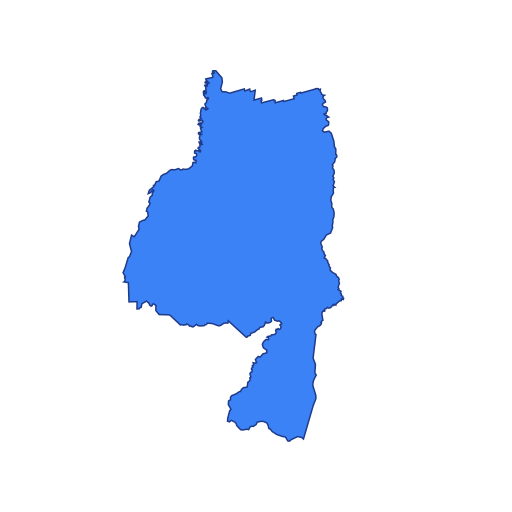 Monteros, Tucumán, Argentina (Robinson projection), rotated 243°
{"feature_id": "61730980B2158029988508", "entity_name": "Monteros", "entity_type": "district", "adm_level": 2, "iso_a3": "ARG", "parent_name": "Argentina", "parent_adm1": "Tucumán", "projection": "robinson", "projection_center": [-65.608, -27.112], "detail": "fine", "context": "isolated", "style": "filled", "palette": "blue", "viewbox_px": 512, "rotation_deg": 243, "n_neighbors": 0, "source": "geoboundaries", "source_scale": "gbopen_adm2", "svg_char_len": 6156}
<svg xmlns="http://www.w3.org/2000/svg" viewBox="0 0 512 512"><g transform="rotate(243 256 256)"><path d="M71.4,215.2L96.6,238.9L101.7,244.6L104.5,246.0L114.6,247.8L116.9,249.0L119.3,251.1L122.6,255.6L125.2,255.4L132.5,259.8L139.1,260.5L158.8,273.8L159.7,273.2L162.1,273.8L163.4,275.2L165.0,279.0L164.9,281.1L165.6,283.0L166.7,284.0L167.3,283.7L168.3,285.3L168.3,286.4L174.6,288.4L175.9,289.5L176.5,291.0L175.8,291.6L175.9,292.5L177.2,292.5L177.5,293.0L177.3,294.7L177.8,296.2L176.7,296.8L176.1,299.0L177.8,303.1L177.4,303.7L176.7,303.3L176.8,304.2L176.0,304.9L177.0,305.7L178.0,310.2L177.5,311.7L179.0,312.7L177.6,313.9L178.5,314.9L179.5,314.5L180.7,315.0L182.1,314.1L183.4,314.8L184.7,314.5L186.0,315.7L188.8,313.9L189.1,315.0L191.1,315.1L193.9,318.0L196.1,318.2L197.2,319.4L199.2,319.7L201.4,318.7L203.4,318.9L206.4,316.8L210.0,315.6L211.5,316.9L214.1,316.5L214.9,317.2L217.5,317.0L218.9,317.6L221.9,317.0L223.4,315.9L225.0,318.1L226.5,317.6L228.7,318.3L230.7,317.7L233.0,318.1L233.9,319.1L238.3,319.5L239.6,321.2L240.0,323.8L242.8,328.3L242.6,332.8L246.4,337.1L248.5,337.8L251.2,339.9L253.3,340.8L255.7,343.3L258.8,345.1L262.7,346.2L265.0,345.6L268.6,347.5L271.9,348.0L274.7,350.1L276.9,353.6L280.0,354.9L282.0,356.4L281.6,357.2L283.5,356.5L286.6,359.6L288.9,359.4L290.4,360.9L292.2,360.6L294.1,363.2L295.8,364.1L297.5,364.5L299.6,364.0L301.2,365.4L302.8,365.6L304.1,368.8L306.8,370.8L307.7,373.1L309.6,373.7L310.4,373.2L315.1,375.7L317.6,375.5L323.4,377.6L331.2,378.8L334.1,377.7L335.3,373.1L337.4,372.0L339.0,373.8L339.9,377.0L339.6,379.5L340.3,380.5L342.7,381.7L344.8,380.5L346.2,380.6L347.3,382.2L346.8,383.8L349.0,382.7L350.1,381.4L351.6,381.1L351.1,383.2L352.2,383.9L353.1,385.7L355.5,386.8L356.6,386.4L358.5,384.0L360.6,383.8L361.5,385.0L361.6,387.8L363.1,388.2L365.5,387.4L367.1,387.7L367.9,388.7L368.1,390.0L369.2,388.5L370.5,388.0L373.7,388.0L375.4,389.1L375.6,387.5L376.8,387.5L378.1,385.1L377.9,384.5L380.8,369.9L381.6,370.0L382.4,366.1L380.8,365.7L381.5,362.0L378.8,361.4L380.9,351.5L381.0,350.9L382.1,351.1L383.8,342.7L385.9,343.6L386.4,342.8L387.2,342.8L389.9,330.4L392.1,331.0L392.1,331.9L394.3,332.6L395.8,325.0L404.1,330.6L404.7,326.2L405.4,325.6L407.6,326.2L408.1,320.9L410.2,321.5L413.0,306.5L416.1,303.4L417.7,300.4L421.0,300.4L426.4,305.1L430.2,306.5L439.3,304.3L440.6,301.7L440.2,301.1L438.0,301.9L437.8,301.4L438.9,300.2L438.5,299.4L436.3,299.4L434.8,298.5L436.6,291.6L435.5,291.4L433.5,292.0L434.3,290.9L433.8,289.4L433.1,289.5L432.4,290.6L432.6,292.1L431.5,292.7L431.6,290.7L430.1,290.3L429.6,289.6L431.2,289.1L431.4,287.8L429.1,287.8L426.0,286.4L424.4,286.2L423.4,285.0L423.8,284.0L424.4,284.8L425.5,284.4L426.4,285.5L426.8,284.7L426.3,283.7L423.0,282.4L421.2,282.9L419.9,282.6L418.8,283.9L419.0,285.1L418.2,285.3L417.3,283.9L417.4,283.0L415.4,281.7L414.6,279.4L411.8,279.1L410.7,278.2L409.9,279.8L409.1,280.1L408.7,278.9L409.0,277.4L412.0,276.7L412.6,275.9L412.4,275.0L411.8,273.8L408.5,271.3L405.8,270.3L405.4,269.2L403.0,269.6L403.6,267.6L403.1,266.3L402.3,266.2L401.0,269.7L400.1,269.9L399.0,268.7L400.3,265.5L399.6,264.1L399.0,264.4L398.3,266.9L397.7,266.8L397.5,265.3L396.7,265.0L395.2,266.3L395.1,264.6L391.1,264.0L392.0,261.0L391.6,260.4L390.3,260.4L390.1,262.2L389.1,262.7L389.3,261.6L388.7,260.6L386.7,259.0L385.2,258.8L382.7,259.6L381.5,258.7L379.8,258.7L380.1,257.9L382.9,258.2L383.4,257.0L380.8,256.7L378.6,255.5L378.9,254.0L378.4,253.3L375.4,254.4L374.7,254.3L374.1,253.3L376.2,252.5L376.6,250.9L377.6,250.5L377.1,249.3L377.4,249.0L375.6,248.0L374.2,249.3L373.4,249.3L372.1,248.3L371.7,246.8L372.5,245.7L372.3,245.1L370.6,244.3L369.6,244.5L368.4,246.1L366.4,244.7L367.8,243.2L367.9,242.3L365.2,240.2L364.2,235.3L365.4,232.1L366.6,230.5L366.4,229.1L366.9,227.9L369.1,226.7L369.6,223.0L371.4,219.8L371.4,218.1L370.3,213.8L370.7,210.7L370.3,207.8L366.8,203.5L367.5,200.8L364.9,197.5L365.4,196.7L364.1,196.1L363.1,190.9L360.5,188.3L360.4,191.0L361.8,194.2L360.6,194.6L358.9,192.1L357.1,191.0L356.5,188.4L352.7,185.0L351.3,185.7L349.6,183.9L348.0,180.6L345.7,178.7L344.6,179.5L340.7,178.2L338.4,172.9L339.1,171.8L339.1,167.6L335.7,164.7L333.0,164.1L328.4,156.3L331.1,154.6L324.5,148.9L316.5,147.1L312.9,143.1L312.6,141.4L304.8,133.9L301.5,130.0L296.7,130.2L296.7,129.2L294.3,128.7L293.2,127.8L292.9,126.5L290.2,130.2L272.8,122.0L269.3,129.3L262.9,125.9L262.0,127.8L262.5,128.5L262.4,130.4L265.3,132.7L265.5,138.0L262.4,139.2L260.6,139.0L259.0,139.7L258.8,140.5L259.9,142.1L260.0,143.0L257.3,144.4L252.9,142.0L247.8,143.1L243.1,151.7L242.1,152.6L228.9,157.3L228.7,158.4L227.2,160.2L226.5,162.6L227.0,163.3L225.0,164.8L223.7,164.9L223.1,166.3L221.9,166.9L221.4,167.9L222.1,172.1L220.6,172.5L219.1,174.2L217.5,178.1L217.8,179.5L217.5,180.6L218.2,182.4L215.4,186.7L210.7,191.0L210.2,192.9L210.7,197.1L209.0,200.6L210.8,201.9L188.0,210.4L187.8,211.6L188.4,212.4L187.9,214.8L189.4,216.3L188.9,220.6L189.8,224.0L189.5,225.3L190.7,227.3L189.7,229.9L190.4,232.0L192.8,234.5L191.2,235.3L190.5,237.5L190.6,239.6L191.0,240.3L193.3,241.0L193.8,242.3L193.3,243.4L190.4,243.4L188.2,245.5L187.5,247.5L184.0,248.2L183.7,246.0L181.3,246.2L180.0,244.4L180.0,243.3L181.3,242.7L180.7,241.1L181.5,240.7L180.6,239.7L178.5,239.3L177.6,237.0L178.7,234.0L178.1,232.8L179.0,229.8L178.7,229.0L177.9,230.0L175.8,229.3L177.1,226.9L176.2,223.9L174.5,221.6L170.9,220.9L167.3,222.8L164.8,221.5L165.7,217.9L164.0,213.8L165.5,212.4L164.1,208.5L160.7,208.0L161.2,206.1L162.2,205.0L159.9,204.4L159.9,202.8L158.3,202.6L158.0,201.0L156.8,200.5L156.1,200.9L154.6,199.8L154.8,198.9L154.0,197.2L150.5,196.5L150.2,195.1L149.1,195.0L147.8,194.0L147.2,191.4L143.2,188.6L144.4,185.1L143.8,182.6L142.3,180.7L142.7,179.6L142.2,175.6L142.6,170.9L141.7,169.2L139.4,167.9L139.3,165.7L136.2,163.9L130.7,164.1L130.1,162.3L124.3,157.2L121.7,155.6L120.3,157.0L120.8,159.4L118.0,161.5L116.2,162.2L113.4,161.9L108.3,163.4L107.2,164.7L105.8,169.2L104.6,170.7L106.3,172.8L106.3,174.7L105.4,176.3L105.5,177.4L105.8,179.6L107.4,181.8L106.3,185.7L105.2,187.5L102.4,189.9L99.3,189.9L96.5,189.1L95.1,190.2L92.3,190.7L87.5,193.5L82.9,197.9L81.6,200.0L76.7,200.4L75.8,201.9L76.4,204.0L76.2,211.2L73.6,214.3L71.4,215.2Z" fill="#3b82f6" stroke="#1e3a8a" stroke-width="1.5"/></g></svg>